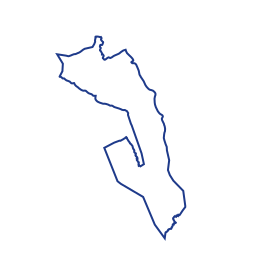 outline of Skorradalshreppur, Vesturland, Iceland, rotated 43°
{"feature_id": "244011B18273074009309", "entity_name": "Skorradalshreppur", "entity_type": "district", "adm_level": 2, "iso_a3": "ISL", "parent_name": "Iceland", "parent_adm1": "Vesturland", "projection": "mercator", "projection_center": [-21.43, 64.486], "detail": "fine", "context": "isolated", "style": "outline", "palette": "blue", "viewbox_px": 256, "rotation_deg": 43, "n_neighbors": 0, "source": "geoboundaries", "source_scale": "gbopen_adm2", "svg_char_len": 5419}
<svg xmlns="http://www.w3.org/2000/svg" viewBox="0 0 256 256"><g transform="rotate(43 128 128)"><path d="M230.1,183.6L226.8,179.0L226.7,178.5L226.7,178.4L227.0,178.2L227.1,177.8L227.2,177.4L227.1,176.6L227.2,176.3L227.1,176.1L227.2,175.7L226.8,175.2L226.8,174.9L227.1,174.8L227.1,174.5L227.1,174.4L227.0,174.0L227.2,173.6L228.0,172.6L228.3,172.4L228.3,172.2L228.3,171.9L228.1,171.5L227.8,171.3L227.7,171.0L227.6,170.7L227.8,170.4L227.8,170.2L227.5,169.7L227.4,169.5L227.4,169.4L227.4,169.1L227.3,168.7L227.0,168.4L226.7,168.3L226.6,168.1L226.6,167.8L226.8,167.6L226.8,167.4L226.8,167.2L226.6,166.8L226.6,166.7L226.9,166.7L226.7,166.4L226.7,166.2L226.9,165.9L227.2,165.8L227.3,165.6L227.4,165.3L227.4,165.2L227.6,164.9L227.5,164.6L227.4,164.6L227.1,164.7L226.7,164.8L226.2,164.6L225.8,164.7L225.6,164.6L224.9,164.4L224.5,164.1L223.8,164.1L223.3,163.8L223.0,163.7L222.8,163.2L222.5,163.1L222.5,162.3L222.4,161.9L222.3,161.6L222.3,161.3L222.4,160.6L222.6,160.7L222.8,160.6L223.1,160.2L223.4,160.3L223.7,160.2L223.6,159.8L223.6,159.6L223.6,159.4L223.7,159.1L223.5,158.7L224.1,158.5L223.8,157.9L223.8,157.7L224.5,157.8L224.4,157.5L224.2,157.3L224.2,157.1L224.4,157.1L224.8,157.2L225.1,156.6L225.1,156.3L224.2,150.8L223.8,146.8L223.0,145.9L211.3,136.3L197.1,135.6L190.7,133.9L185.9,131.5L180.1,123.5L171.7,117.8L169.2,115.4L166.6,114.2L163.2,112.3L161.0,110.9L158.7,107.9L157.8,106.5L157.2,105.1L155.7,103.3L154.8,102.6L153.6,101.7L152.5,101.2L151.5,100.5L147.6,99.0L146.7,98.4L146.3,98.0L146.2,97.7L146.1,97.1L145.9,96.5L145.6,95.8L145.3,95.6L144.9,95.4L144.6,95.3L144.1,95.3L141.9,95.8L140.8,95.8L138.4,95.4L134.2,93.8L131.7,92.4L130.2,91.2L127.4,88.5L126.2,86.6L125.6,85.2L124.9,84.4L124.4,84.0L123.5,83.7L122.3,83.6L120.7,83.7L118.9,84.5L118.2,85.0L117.2,85.3L116.2,85.4L113.5,85.2L111.4,84.7L107.6,83.1L104.2,82.3L102.4,81.9L101.9,81.6L101.1,81.5L100.5,81.3L99.7,80.9L97.1,79.0L96.2,78.5L93.8,77.4L90.8,76.1L90.1,76.0L89.5,76.0L89.1,76.1L88.5,76.3L87.8,76.9L87.3,77.4L86.9,77.7L85.8,77.7L85.6,77.6L85.5,77.3L85.8,76.0L85.9,75.7L85.9,75.2L85.6,74.8L84.6,74.4L83.9,74.2L81.7,74.0L79.5,74.0L76.2,73.9L74.3,73.2L72.9,72.4L72.1,73.8L71.7,74.5L71.3,76.1L71.0,77.5L70.9,78.4L70.8,79.3L70.3,80.7L68.8,84.1L68.4,85.2L68.1,86.6L67.9,87.6L67.6,88.2L67.3,88.9L66.6,89.2L66.0,89.4L65.7,89.5L65.2,90.6L64.9,92.6L64.8,93.1L64.7,93.4L64.6,93.7L64.2,94.1L63.7,94.2L62.8,94.0L62.1,94.1L61.9,94.0L61.7,93.8L61.5,93.4L61.3,92.5L61.0,91.8L60.4,91.5L59.5,91.4L59.2,91.5L58.8,92.0L58.7,91.9L58.7,91.4L58.5,91.2L57.3,90.9L55.7,90.3L54.7,90.4L54.0,89.6L53.9,89.2L53.9,88.9L53.8,88.7L53.6,88.2L53.4,88.0L53.2,87.9L52.5,87.9L52.0,87.7L51.7,87.3L51.2,86.5L51.2,86.0L51.4,85.7L52.2,85.2L52.3,85.1L52.4,84.9L52.4,84.6L52.1,83.8L51.7,82.9L51.4,82.3L51.1,82.1L50.3,82.2L48.5,82.0L48.2,81.8L47.9,81.7L47.8,81.4L47.6,81.1L47.6,80.7L47.3,80.3L46.7,80.0L46.1,79.9L46.0,80.1L45.9,80.3L45.9,80.5L44.5,81.1L43.1,82.1L42.1,83.1L42.0,83.3L42.1,83.6L42.7,83.8L42.8,83.9L42.8,84.5L43.3,85.0L43.7,85.8L44.2,86.5L45.2,87.4L45.2,87.5L46.1,89.7L46.8,93.0L42.3,99.6L41.8,101.3L41.6,102.2L41.5,103.2L41.1,105.2L40.6,106.7L40.2,107.4L39.5,109.1L39.0,110.0L38.3,110.7L37.8,111.6L37.3,112.6L36.9,113.6L35.8,115.7L35.4,116.2L33.4,117.3L25.9,122.4L36.5,125.4L41.3,131.2L42.9,137.0L43.1,137.1L43.4,136.9L43.7,136.6L44.4,136.3L46.4,136.3L46.6,136.2L47.3,135.4L47.6,135.3L49.0,135.3L50.2,135.2L50.7,135.1L51.2,134.8L53.7,133.8L55.9,133.9L56.4,133.7L56.8,133.4L57.9,131.9L58.1,131.9L59.4,132.5L61.2,132.7L62.3,132.6L63.3,132.4L65.1,132.4L66.6,132.2L67.9,132.0L69.3,131.5L70.0,131.1L70.9,130.1L71.7,129.6L74.7,129.5L75.5,129.4L76.5,129.0L78.4,128.1L80.6,128.1L81.2,127.6L82.4,126.5L83.7,128.4L84.3,128.9L85.0,129.3L86.2,129.5L87.7,129.5L88.6,129.2L89.9,128.8L92.7,127.5L93.3,127.2L94.3,126.2L94.9,125.8L95.5,125.4L97.6,124.4L99.5,123.9L100.2,123.4L100.6,122.9L101.2,122.5L102.9,122.1L103.5,122.1L108.3,119.8L110.3,119.0L111.2,118.8L112.6,117.9L113.4,117.0L115.8,116.4L118.0,117.0L119.0,118.4L127.2,122.9L129.0,123.6L155.2,137.3L164.3,143.6L163.2,147.6L162.6,147.6L162.3,147.7L162.2,147.7L162.2,147.8L162.0,148.0L161.9,148.0L161.7,148.0L161.6,148.3L160.9,147.8L160.8,147.6L160.6,147.5L160.6,147.4L160.7,147.2L160.1,146.9L159.9,146.5L159.7,146.5L159.5,146.3L159.1,146.1L159.1,145.8L158.5,145.9L158.3,145.8L158.0,145.8L157.2,145.4L157.1,145.5L156.8,145.5L156.8,145.2L156.5,145.0L156.3,145.1L155.9,145.0L155.8,144.9L156.1,144.7L156.1,144.4L155.9,144.4L155.7,144.6L155.1,144.4L155.0,144.2L155.4,143.6L155.0,143.3L154.6,143.4L154.3,143.1L153.9,143.0L153.6,143.1L153.3,143.1L152.9,143.2L152.7,143.1L152.5,142.8L151.9,142.7L151.9,142.4L151.6,142.0L151.5,141.6L151.2,141.3L150.9,141.2L150.0,141.5L149.1,141.4L148.9,141.2L148.6,141.0L148.3,140.4L148.2,140.3L147.6,140.1L147.5,139.9L147.2,139.8L146.7,139.7L146.1,139.7L145.8,139.6L145.7,139.5L145.7,139.4L144.6,138.9L144.3,138.6L144.0,138.4L143.7,138.2L143.1,138.0L142.3,138.0L141.6,137.7L141.0,137.8L140.7,137.9L140.2,137.8L139.7,137.8L139.5,137.6L139.2,137.4L138.7,137.4L138.4,137.3L138.1,137.3L137.6,137.3L137.3,137.1L136.7,137.0L135.7,136.7L134.8,136.5L134.3,136.3L134.3,136.2L133.8,135.9L133.3,136.0L132.9,135.9L132.7,136.4L132.7,136.6L132.8,136.7L132.9,136.8L132.8,137.0L132.7,137.6L132.5,138.1L132.4,138.5L132.2,139.2L132.1,139.8L131.7,140.8L131.5,141.7L131.3,141.9L131.1,142.6L130.4,143.1L127.9,148.1L124.2,158.7L156.7,174.1L160.9,173.7L186.1,168.1L213.5,180.4L230.1,183.6Z" fill="none" stroke="#1e3a8a" stroke-width="2"/></g></svg>